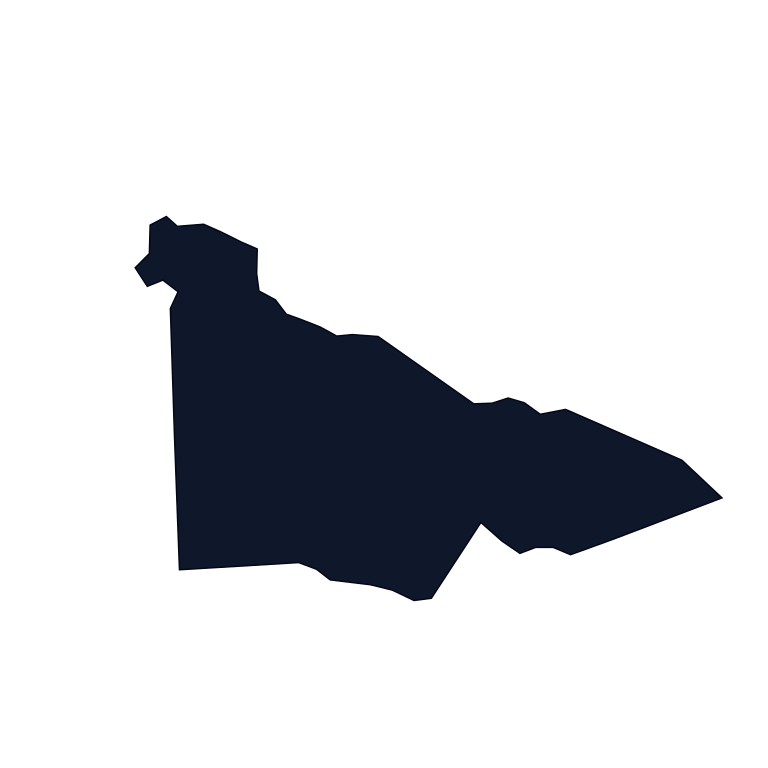 Chã de Alegria, Pernambuco, Brazil, rotated 246°
{"feature_id": "56859067B74341974682366", "entity_name": "Chã de Alegria", "entity_type": "district", "adm_level": 2, "iso_a3": "BRA", "parent_name": "Brazil", "parent_adm1": "Pernambuco", "projection": "albers", "projection_center": [-35.213, -8.007], "detail": "fine", "context": "isolated", "style": "filled", "palette": "ink", "viewbox_px": 768, "rotation_deg": 246, "n_neighbors": 0, "source": "geoboundaries", "source_scale": "gbopen_adm2", "svg_char_len": 735}
<svg xmlns="http://www.w3.org/2000/svg" viewBox="0 0 768 768"><g transform="rotate(246 384 384)"><path d="M624.3,235.0L598.6,222.7L591.4,204.0L569.5,207.5L568.9,224.2L552.0,233.4L539.8,219.5L422.6,171.8L297.5,121.6L255.6,233.4L242.2,247.0L226.9,255.2L206.2,289.9L192.5,307.6L174.0,323.4L169.0,340.1L218.1,416.2L192.5,427.9L174.0,439.3L173.1,456.0L165.9,472.1L152.2,485.0L149.0,529.9L142.5,646.4L193.1,625.2L286.9,539.6L292.8,514.4L309.7,504.6L320.7,491.7L322.5,474.9L329.4,457.9L429.8,397.9L442.0,375.2L447.0,360.3L462.0,348.9L475.7,335.4L487.6,323.1L505.1,319.0L519.8,307.6L536.7,312.6L558.9,323.1L572.0,311.1L588.9,297.2L603.3,284.2L612.1,259.3L625.5,253.3L624.3,235.0Z" fill="#0f172a" stroke="#020617" stroke-width="1.5"/></g></svg>